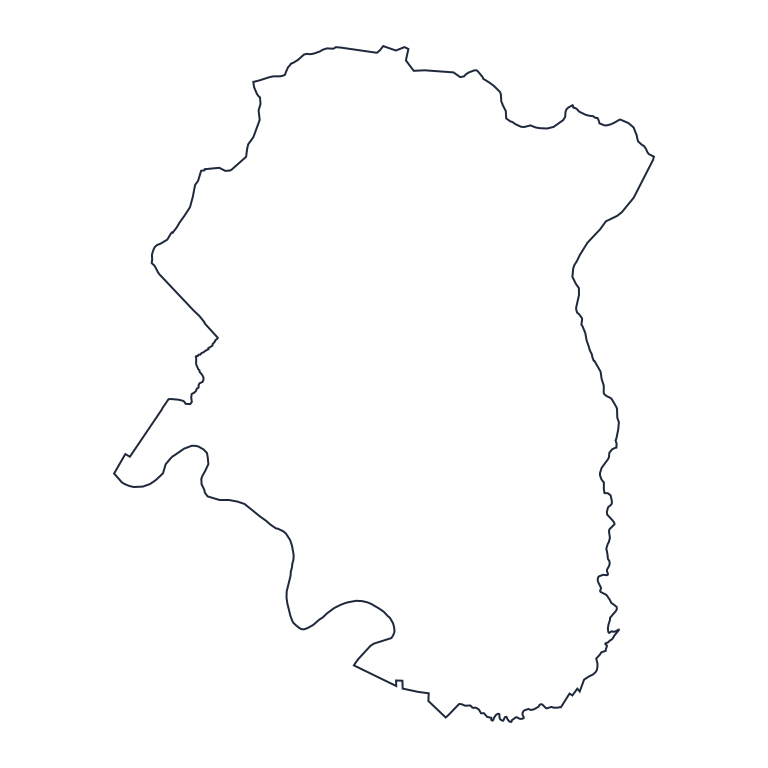 Cicarlau, Maramures, Romania
{"feature_id": "2599482B33598130201081", "entity_name": "Cicarlau", "entity_type": "district", "adm_level": 2, "iso_a3": "ROU", "parent_name": "Romania", "parent_adm1": "Maramures", "projection": "albers", "projection_center": [23.395, 47.725], "detail": "fine", "context": "isolated", "style": "outline", "palette": "slate", "viewbox_px": 768, "rotation_deg": 0, "n_neighbors": 0, "source": "geoboundaries", "source_scale": "gbopen_adm2", "svg_char_len": 6076}
<svg xmlns="http://www.w3.org/2000/svg" viewBox="0 0 768 768"><path d="M353.9,665.4L396.2,686.0L396.1,680.5L402.4,680.7L402.7,688.6L418.2,691.9L428.7,693.3L428.4,701.0L445.7,717.5L448.4,715.1L459.1,704.0L461.9,704.3L465.0,705.7L470.4,705.5L472.4,707.6L473.2,707.9L475.4,707.6L476.5,708.0L478.8,709.5L481.1,713.3L483.9,713.2L487.2,716.9L491.2,717.8L491.3,719.9L492.3,720.6L493.0,720.3L494.2,717.5L495.9,715.0L497.6,713.9L498.7,713.8L499.3,714.1L499.6,717.9L500.2,719.2L501.5,720.2L502.4,720.7L503.3,720.6L504.9,717.2L506.3,716.8L506.6,717.0L507.5,719.2L508.8,720.9L509.8,721.7L510.8,721.9L511.4,721.8L511.9,720.2L515.9,717.3L516.7,717.2L519.5,718.7L520.8,718.9L521.8,718.9L523.6,718.2L523.8,717.6L522.5,714.5L522.5,713.2L523.4,711.2L524.3,710.4L528.4,709.0L530.7,709.9L531.8,709.9L534.0,709.3L538.7,706.6L539.1,705.4L540.7,704.2L542.3,704.5L545.7,707.9L546.6,708.4L551.5,706.9L553.5,707.7L557.8,707.7L559.6,707.2L560.9,707.3L569.5,693.6L572.4,695.4L577.3,688.7L579.7,691.5L584.1,679.6L588.7,676.6L593.1,674.4L595.1,672.7L596.7,670.4L597.4,667.5L597.5,663.6L596.2,658.6L599.8,654.7L601.4,652.3L605.7,650.8L605.9,649.2L606.9,646.2L606.9,645.5L605.3,644.1L605.5,643.3L608.1,642.4L609.8,640.6L611.9,639.4L613.4,637.5L614.0,636.0L618.9,630.0L618.8,629.6L618.2,629.7L616.4,631.0L613.8,631.8L611.5,631.3L609.5,632.8L608.9,632.8L608.5,632.3L608.1,630.9L607.9,627.8L608.6,624.2L610.0,619.9L610.0,617.9L616.1,610.7L616.8,609.1L616.7,607.0L614.1,604.8L611.3,602.9L609.6,599.5L606.4,594.9L600.7,592.0L600.2,591.2L600.3,590.1L601.0,588.7L600.7,587.1L598.3,582.4L597.7,580.3L597.8,578.4L598.5,576.8L599.5,576.1L603.1,574.8L607.1,575.2L607.9,574.6L607.8,573.4L606.9,570.9L607.0,569.7L609.3,565.5L609.7,563.0L609.4,561.2L607.9,558.8L607.4,553.9L606.3,548.6L607.8,543.8L608.9,542.0L609.9,537.8L609.0,531.4L609.2,530.0L609.7,529.0L614.5,524.3L614.2,522.6L612.3,520.1L607.1,514.5L606.9,511.9L607.8,508.1L608.2,507.2L611.1,504.7L611.8,503.6L611.9,501.2L610.6,495.4L607.8,493.2L604.5,493.1L603.8,489.2L603.9,482.4L603.1,481.7L601.4,479.2L600.0,475.4L600.0,473.1L601.6,467.9L608.2,458.9L609.0,456.9L609.3,452.9L612.0,449.4L615.5,447.7L616.4,447.6L616.6,443.7L615.6,440.5L616.5,438.0L618.2,429.6L618.9,422.3L617.3,417.8L617.0,408.9L616.4,407.1L611.8,399.2L610.7,398.1L606.0,395.7L603.9,393.6L603.7,392.4L603.8,385.8L601.6,378.8L600.6,371.7L594.4,360.8L593.7,360.8L592.4,357.2L591.8,354.2L589.9,350.5L588.3,345.1L586.6,340.4L585.3,333.1L582.5,326.2L581.4,324.7L582.1,319.5L582.0,318.3L579.1,314.2L577.2,312.7L576.4,310.4L576.1,308.4L576.3,307.0L579.0,295.0L578.9,288.2L575.8,283.7L572.4,276.9L573.2,268.5L574.4,265.0L576.8,261.3L579.7,255.2L587.4,242.8L600.2,229.2L605.9,221.3L617.3,215.8L622.0,212.0L633.7,197.7L653.0,160.0L653.9,156.7L649.0,154.2L647.5,152.4L645.9,148.8L643.8,145.8L642.3,145.2L638.2,141.5L637.4,139.1L636.8,135.6L633.6,127.5L628.5,123.1L620.4,119.6L619.3,119.8L614.9,122.4L610.6,124.4L606.6,125.4L604.6,125.4L599.5,123.4L598.6,120.2L597.5,118.0L595.5,117.9L593.1,116.2L588.9,115.7L585.4,114.7L579.3,111.7L576.7,108.9L575.3,108.1L573.3,107.6L573.0,105.8L572.6,105.2L568.2,107.6L566.3,109.6L565.5,111.9L565.2,116.8L563.2,120.1L553.6,126.9L547.1,128.5L540.0,128.2L535.8,127.5L530.4,125.4L524.3,127.0L521.1,126.8L515.5,124.2L512.6,122.1L510.2,121.3L506.2,118.4L505.8,111.1L502.5,104.6L502.5,104.2L501.3,101.5L500.9,94.8L500.2,92.2L494.0,86.0L489.7,82.8L483.2,78.7L482.5,76.9L477.9,71.4L476.6,70.3L474.5,70.3L469.1,72.3L466.0,74.2L464.0,76.4L460.2,77.1L453.5,72.4L424.8,70.3L413.7,70.8L405.9,60.4L408.4,49.0L404.5,47.1L395.9,50.5L383.2,46.1L379.8,50.4L376.9,52.8L340.3,47.5L335.7,47.2L333.9,48.5L333.2,48.7L326.9,48.4L322.6,49.8L319.8,51.5L313.8,53.6L310.6,54.2L306.5,53.9L303.9,54.6L298.0,59.9L293.4,62.7L290.9,63.7L290.6,64.4L287.9,67.5L285.9,72.1L285.1,74.6L283.6,75.5L280.4,76.3L273.8,76.3L270.0,77.0L258.8,80.6L253.3,81.9L254.1,87.2L256.9,93.9L258.6,96.3L260.0,97.4L260.5,103.9L258.6,110.4L259.7,119.9L253.4,137.1L248.2,144.3L247.2,148.5L246.1,156.8L231.8,169.5L230.2,170.5L225.3,170.9L219.3,167.8L204.7,169.2L204.5,170.3L201.1,170.8L198.1,180.8L195.1,184.9L192.8,196.9L190.0,207.2L184.5,215.7L179.6,222.5L176.8,227.3L172.7,232.7L172.1,232.3L170.6,234.0L167.3,239.6L160.5,243.7L157.1,245.0L154.9,246.9L153.8,248.9L152.6,252.3L151.9,255.2L152.2,259.4L151.7,263.1L154.2,265.4L155.1,266.7L158.1,272.5L159.4,274.3L193.3,310.2L199.4,316.0L204.6,322.5L204.6,323.3L217.8,337.8L217.3,338.8L215.4,340.2L214.6,342.0L212.6,344.1L212.5,345.4L212.1,345.9L208.3,348.2L208.5,348.8L208.4,349.3L206.7,350.0L203.2,352.4L201.5,353.1L200.3,354.6L198.9,354.6L198.1,355.3L197.7,356.1L197.1,355.9L195.9,356.4L195.8,356.7L196.2,358.6L196.1,363.5L196.5,365.2L198.3,369.3L199.5,370.4L199.6,371.8L202.1,374.8L203.4,377.3L203.5,379.7L202.6,381.9L199.5,383.3L198.6,385.2L198.6,387.5L197.8,388.2L196.7,388.7L196.0,391.0L194.2,392.7L191.7,394.0L191.2,397.3L191.8,401.9L190.8,403.4L190.2,404.1L185.6,403.8L184.2,401.6L183.0,400.8L178.5,399.7L170.8,399.0L168.5,399.2L162.3,408.4L161.7,409.7L129.9,456.7L125.3,454.1L114.1,473.5L121.8,482.3L124.3,483.9L129.3,486.0L133.8,487.0L142.8,486.6L149.9,484.1L155.5,480.3L160.2,476.0L163.0,473.2L165.7,464.2L170.4,458.6L172.4,456.5L174.0,455.6L184.0,448.7L191.7,445.8L194.8,445.8L198.2,446.4L203.5,449.4L207.0,453.0L207.8,458.0L208.4,464.1L205.0,471.3L202.6,475.5L201.3,478.8L201.6,484.3L204.2,489.6L204.9,492.7L207.6,496.4L219.6,500.0L228.9,500.0L237.5,501.6L244.6,504.0L259.8,516.3L266.2,520.9L270.3,524.5L275.8,528.3L278.1,528.8L283.3,531.3L285.9,533.5L290.1,540.0L292.0,545.8L293.6,554.5L293.6,556.8L293.4,559.9L292.4,563.4L291.9,567.6L290.8,571.7L290.6,575.6L286.7,591.3L286.5,597.5L287.3,603.3L290.4,615.8L292.2,620.6L293.1,622.5L295.5,624.9L298.4,627.3L301.1,629.0L303.7,629.4L307.3,628.2L313.0,625.1L319.6,619.4L322.6,617.6L326.7,613.6L334.1,608.1L340.5,604.9L344.3,603.4L347.5,602.4L356.0,600.8L362.1,601.1L367.3,602.3L371.0,603.8L379.4,608.7L383.9,611.9L387.9,616.2L389.9,617.8L393.1,623.4L394.0,626.9L394.5,630.7L394.1,633.0L392.9,635.8L391.3,638.1L373.9,643.6L370.5,645.8L358.5,658.8L355.4,663.0L353.9,665.4Z" fill="none" stroke="#1e293b" stroke-width="2"/></svg>